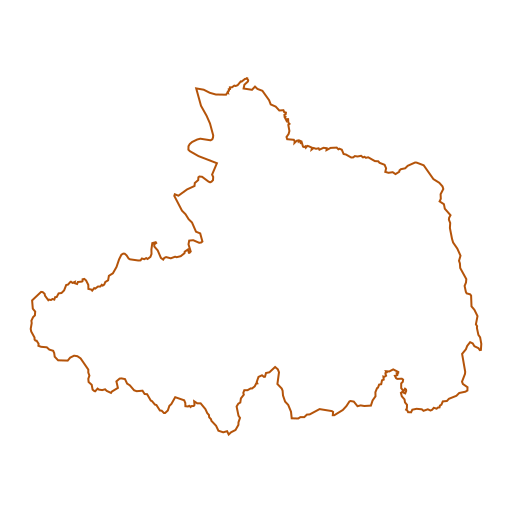 outline of Doi Tao, Chiang Mai, Thailand
{"feature_id": "78962969B78761446480435", "entity_name": "Doi Tao", "entity_type": "district", "adm_level": 2, "iso_a3": "THA", "parent_name": "Thailand", "parent_adm1": "Chiang Mai", "projection": "robinson", "projection_center": [98.654, 17.929], "detail": "fine", "context": "isolated", "style": "outline", "palette": "amber", "viewbox_px": 512, "rotation_deg": 0, "n_neighbors": 0, "source": "geoboundaries", "source_scale": "gbopen_adm2", "svg_char_len": 6024}
<svg xmlns="http://www.w3.org/2000/svg" viewBox="0 0 512 512"><path d="M385.3,171.9L386.1,168.3L384.6,164.8L379.5,162.8L378.3,161.3L374.9,161.1L368.2,157.3L365.9,157.8L364.5,156.8L363.0,157.4L361.1,155.8L357.6,156.5L354.8,156.1L353.2,157.4L351.2,157.5L345.9,154.5L343.6,154.0L341.8,149.7L339.4,148.7L338.4,149.3L336.7,147.6L330.6,147.9L326.5,150.1L326.7,148.2L323.5,147.8L319.4,149.7L318.6,148.3L316.0,148.8L313.7,148.0L311.6,149.6L312.0,147.7L308.6,146.2L307.4,145.9L305.9,147.6L305.5,146.3L304.1,147.1L303.0,146.6L301.7,142.2L300.6,142.9L300.2,142.0L300.9,141.2L299.3,140.5L298.5,141.4L298.3,140.4L296.8,140.7L294.5,142.9L294.7,141.3L293.8,139.8L287.2,139.2L286.5,137.0L288.6,134.0L289.4,131.0L288.3,124.9L289.5,123.9L288.3,122.6L288.1,119.1L287.3,119.1L286.5,120.7L285.1,118.0L285.4,116.9L284.6,116.9L284.4,114.8L285.7,114.1L285.9,112.6L284.2,112.1L283.4,110.2L279.3,110.5L275.7,106.6L270.7,104.4L269.1,100.2L262.4,90.8L257.4,88.9L255.0,86.6L252.0,89.8L243.6,88.5L244.4,84.7L247.9,81.5L248.2,80.2L247.2,78.8L247.3,77.5L246.6,78.7L245.0,78.9L241.6,81.6L240.8,81.4L237.6,85.2L235.6,86.0L234.3,85.6L232.0,87.3L229.9,87.3L230.0,89.0L228.8,89.2L229.0,90.7L227.8,91.5L228.0,92.7L227.6,92.4L226.0,94.7L215.8,94.5L209.8,92.8L203.7,89.7L196.2,88.4L201.0,105.8L206.6,115.8L210.0,123.5L213.2,135.4L213.0,137.5L212.3,139.3L210.6,140.3L200.3,138.7L197.2,139.5L192.1,142.0L189.8,144.0L188.5,146.2L188.4,149.7L189.9,151.2L198.5,156.1L216.9,163.2L212.1,174.6L213.2,177.0L213.0,180.1L211.5,181.7L210.1,182.3L208.5,181.6L202.1,176.8L199.4,176.5L198.4,177.3L198.2,180.1L194.8,183.0L194.5,186.0L187.1,189.4L178.4,195.7L174.8,194.3L174.3,195.9L182.0,210.7L185.5,214.2L188.7,219.3L192.0,222.5L196.0,231.7L200.2,233.4L202.4,241.5L201.2,242.5L199.2,242.8L193.2,240.2L189.2,240.6L188.5,244.3L190.7,251.5L189.5,252.8L188.9,252.8L187.9,249.5L184.7,251.7L184.5,253.2L180.7,256.2L176.6,257.2L175.1,256.7L170.8,258.3L166.1,257.1L164.3,257.9L163.2,259.6L160.9,257.9L157.7,250.4L154.3,246.5L154.2,244.4L156.2,243.0L155.7,242.2L152.3,243.1L151.4,249.5L151.5,254.0L150.4,256.9L147.5,259.0L146.2,258.1L144.3,259.2L141.9,258.5L140.5,260.4L138.3,260.5L129.9,259.3L128.6,258.5L126.6,255.4L124.7,253.7L123.3,253.6L121.4,254.7L119.1,259.3L116.5,267.0L112.9,273.3L108.9,275.8L108.1,280.3L105.3,282.0L104.2,284.6L102.7,285.6L101.8,284.8L100.3,286.5L98.0,286.5L95.2,288.6L94.2,288.1L92.2,290.6L91.4,289.6L88.4,288.9L88.3,284.9L86.1,280.5L84.3,278.9L82.6,279.3L82.6,281.0L81.9,281.6L77.9,282.0L77.1,284.0L74.5,283.1L74.8,281.9L72.5,282.9L70.9,281.7L70.2,282.1L68.0,284.6L66.2,285.0L64.1,290.4L61.5,293.0L58.6,293.4L56.7,297.0L55.1,297.2L54.3,299.6L52.5,299.0L51.0,300.0L49.0,299.6L48.3,300.2L45.0,295.7L44.6,293.8L42.7,292.1L41.1,291.9L32.1,300.4L32.8,308.7L35.2,311.6L34.9,315.4L33.1,317.1L31.4,320.7L31.7,323.1L30.7,328.9L31.2,331.5L34.5,337.5L34.6,339.6L35.5,340.6L36.6,340.7L38.6,343.8L38.4,345.8L41.1,346.8L46.8,347.3L49.3,349.6L53.2,350.8L54.2,353.1L54.7,356.7L58.1,360.3L67.7,360.6L70.2,357.6L74.1,355.7L77.4,356.2L80.6,358.4L88.3,369.6L88.3,372.6L89.4,375.6L88.3,378.8L88.6,382.0L91.7,384.8L92.6,389.6L94.4,391.1L95.2,391.3L97.6,388.6L98.9,389.6L102.2,390.1L105.1,389.3L106.7,390.9L111.0,392.9L111.8,391.6L117.9,387.9L116.4,381.4L119.6,378.6L121.5,378.4L125.0,379.1L127.1,383.6L129.8,385.3L134.1,390.3L136.7,391.2L142.5,390.7L144.6,394.0L147.1,394.2L150.8,400.6L152.0,401.1L154.9,404.6L156.4,405.0L159.9,410.5L161.7,410.7L163.9,413.0L165.1,413.0L167.8,410.5L169.4,405.8L171.3,404.1L175.2,397.2L184.2,400.3L185.3,403.0L185.4,406.2L188.0,406.5L189.2,405.8L190.6,407.0L191.3,406.1L193.7,406.0L194.5,404.9L194.2,401.3L197.2,403.3L200.6,403.3L205.4,409.1L207.3,413.2L208.9,414.9L209.2,417.3L211.0,419.2L211.4,420.8L216.1,425.8L218.4,430.7L223.2,432.3L227.1,431.2L228.7,434.5L231.0,432.3L235.5,430.0L238.4,424.9L238.5,422.3L240.0,417.9L238.5,415.7L236.6,406.5L238.3,403.7L240.3,402.5L240.9,398.4L243.8,394.7L243.3,392.9L244.3,390.2L247.5,390.2L250.7,388.4L252.0,388.5L254.7,386.4L256.1,383.6L257.3,383.4L256.7,382.1L258.5,376.9L262.0,375.3L264.0,376.9L265.0,376.7L266.0,373.0L269.4,372.3L275.1,367.0L277.8,369.3L279.0,372.3L277.4,384.0L281.7,388.5L282.6,390.7L283.0,395.5L285.1,401.6L288.2,404.9L291.0,411.7L291.7,418.3L298.2,418.5L300.4,417.1L304.3,417.1L306.9,414.6L309.7,414.4L319.6,409.1L331.9,411.1L333.1,411.9L332.8,415.2L334.3,415.2L342.8,410.0L346.4,406.1L349.4,401.5L350.5,401.0L353.8,401.6L357.5,406.2L360.6,405.4L364.3,406.0L370.9,405.6L372.6,400.4L375.5,396.3L375.4,392.2L377.0,388.2L378.0,387.6L379.1,384.6L381.2,384.2L382.0,380.3L383.7,379.6L383.4,376.6L384.2,376.9L386.1,375.7L385.4,373.7L385.6,372.7L386.5,372.4L385.9,371.2L389.2,371.5L393.2,369.4L398.3,372.0L398.2,372.9L396.7,373.3L397.5,374.8L397.2,375.2L394.9,375.8L396.1,378.2L397.3,378.9L401.8,378.7L403.1,379.6L402.8,381.8L401.2,383.4L401.2,388.1L403.5,391.2L405.0,388.7L406.0,389.5L406.2,390.9L405.2,393.4L402.1,392.0L400.9,392.9L401.8,396.3L404.5,399.4L405.0,402.4L407.0,404.8L406.9,408.2L406.1,409.7L407.2,410.3L408.1,412.2L411.1,412.3L412.3,409.7L416.6,408.8L421.8,409.3L423.5,410.8L427.8,409.3L430.5,410.5L432.1,409.8L433.8,407.8L436.6,408.7L437.8,407.6L439.5,407.4L439.9,405.6L441.4,404.7L442.8,401.4L446.9,401.0L448.9,398.8L456.4,395.8L459.2,393.0L465.4,391.7L467.4,390.5L467.5,387.2L462.9,384.0L462.0,381.7L465.0,373.9L465.2,371.8L462.1,353.9L465.9,349.3L467.2,345.9L470.1,342.2L472.7,343.4L474.4,346.2L478.5,348.2L479.8,350.1L480.9,349.9L481.3,343.9L480.1,337.3L478.4,334.9L476.9,327.9L477.1,326.2L475.9,324.3L477.5,316.1L474.4,309.8L471.5,306.4L471.1,295.6L470.1,294.3L466.7,293.4L465.9,292.0L464.6,285.9L466.0,282.5L466.3,279.1L460.2,268.0L459.9,263.4L459.0,260.8L460.5,255.7L457.3,248.6L453.1,242.5L452.0,238.8L449.9,228.0L450.2,223.0L448.9,219.7L449.1,217.8L450.5,215.2L444.8,208.7L443.9,204.2L439.6,201.4L440.8,198.8L440.6,194.2L443.3,189.0L442.5,186.4L439.3,182.8L433.4,179.1L423.7,165.3L416.6,162.6L415.1,162.5L407.7,165.8L405.2,168.3L400.9,169.2L399.5,170.4L399.2,171.8L395.5,174.1L392.7,172.2L388.5,172.8L385.3,171.9Z" fill="none" stroke="#b45309" stroke-width="2"/></svg>